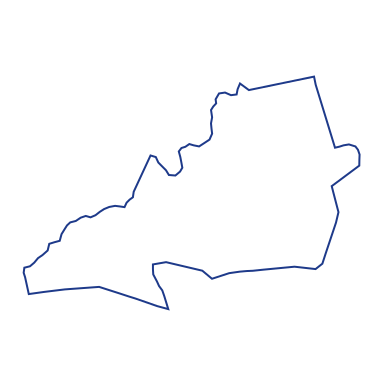 the district of Redenção, Ceará, Brazil, rotated 91°
{"feature_id": "56859067B98752060236455", "entity_name": "Redenção", "entity_type": "district", "adm_level": 2, "iso_a3": "BRA", "parent_name": "Brazil", "parent_adm1": "Ceará", "projection": "orthographic", "projection_center": [-38.762, -4.263], "detail": "fine", "context": "isolated", "style": "outline", "palette": "blue", "viewbox_px": 384, "rotation_deg": 91, "n_neighbors": 0, "source": "geoboundaries", "source_scale": "gbopen_adm2", "svg_char_len": 1442}
<svg xmlns="http://www.w3.org/2000/svg" viewBox="0 0 384 384"><g transform="rotate(91 192 192)"><path d="M264.9,88.2L266.9,67.1L261.4,60.4L250.9,57.2L228.7,50.2L220.1,47.5L209.6,45.2L189.9,50.7L183.7,52.4L162.7,25.2L156.9,25.2L151.6,25.1L146.9,26.8L143.6,29.4L141.7,35.9L142.7,41.3L144.1,45.4L145.2,49.8L82.6,70.2L74.5,72.0L89.1,136.9L82.7,145.9L88.5,148.2L93.7,149.1L94.5,154.7L92.0,160.7L93.0,166.7L98.9,170.0L103.0,169.4L106.1,172.2L109.7,174.4L117.0,173.2L123.1,174.2L128.3,173.6L133.3,172.9L139.3,175.4L143.0,180.8L146.3,185.7L145.3,191.2L144.1,195.5L146.9,199.4L148.2,203.3L151.7,205.9L157.2,204.3L162.9,203.1L167.9,202.1L171.8,204.3L175.8,208.9L175.4,215.4L170.7,218.4L167.7,221.5L163.1,226.2L157.7,228.8L156.2,234.1L192.8,250.3L198.3,251.0L200.7,254.2L203.8,257.2L208.3,259.2L207.7,263.8L207.2,268.7L208.4,274.5L210.6,279.6L213.5,283.9L216.9,288.1L219.1,293.0L217.8,297.8L219.6,302.8L223.0,307.7L224.5,313.2L227.6,316.4L231.2,318.6L236.4,321.7L243.1,323.4L244.6,328.6L246.3,333.8L253.0,335.3L257.6,340.3L260.8,344.8L265.4,348.5L269.1,352.7L270.6,358.3L275.7,358.9L280.1,357.4L296.9,353.4L294.5,338.2L291.6,317.4L288.5,283.2L294.4,263.6L297.6,253.2L299.5,246.7L306.7,224.8L309.5,213.7L296.6,217.9L290.9,220.0L286.6,223.3L282.2,225.4L275.1,229.3L269.9,229.7L265.1,229.8L262.6,216.7L270.5,180.3L278.4,170.5L272.5,153.4L270.8,142.8L270.1,136.2L269.7,129.8L268.4,119.2L264.9,88.2Z" fill="none" stroke="#1e3a8a" stroke-width="2"/></g></svg>